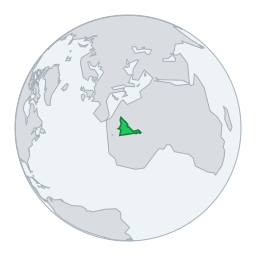 Adrar on an orthographic globe, rotated 315°
{"feature_id": "DZA-2143", "entity_name": "Adrar", "entity_type": "Province", "adm_level": 1, "iso_a3": "DZA", "parent_name": "Algeria", "parent_adm1": "", "projection": "orthographic", "projection_center": [0.561, 25.317], "detail": "fine", "context": "on_globe", "style": "filled", "palette": "green", "viewbox_px": 256, "rotation_deg": 315, "n_neighbors": 0, "source": "natural_earth", "source_scale": "10m", "svg_char_len": 10332}
<svg xmlns="http://www.w3.org/2000/svg" viewBox="0 0 256 256"><g transform="rotate(315 128 128)"><circle cx="128" cy="128" r="113" fill="#eef3f6" stroke="#a8b0b8"/><path d="M77.6,27.3L85.7,23.7L98.7,19.2L98.8,19.2L112.5,16.4L112.1,16.5L112.6,16.4L115.9,16.0L118.9,15.8L114.1,16.3L118.9,16.0L114.0,17.3L100.4,20.3L98.6,22.0L87.1,27.8L89.2,27.5L86.1,30.0L87.3,30.7L84.8,31.9L87.9,31.5L89.9,30.3L92.0,29.7L92.9,30.1L89.9,31.6L89.0,31.6L88.6,32.3L86.7,32.9L88.1,32.8L84.4,34.8L89.3,33.5L87.4,35.7L84.6,36.8L83.3,35.8L73.4,37.1L70.1,38.5L66.9,41.2L64.1,47.9L61.2,50.1L58.4,53.6L60.7,52.7L63.8,49.6L67.5,49.0L70.7,45.6L72.7,45.0L76.7,42.2L77.8,43.7L76.7,46.8L73.5,49.3L72.9,50.9L77.4,49.5L72.7,55.6L71.9,62.4L70.5,64.0L65.2,64.8L61.7,61.8L54.8,64.1L61.0,63.9L57.4,68.5L57.5,70.0L58.7,70.6L60.8,69.4L59.9,71.4L53.5,72.1L54.2,70.3L56.2,70.0L54.5,68.7L50.1,69.8L48.6,72.3L43.6,72.2L42.5,74.1L40.8,75.4L42.9,72.2L39.0,78.1L32.9,80.7L27.4,91.5L30.9,81.4L31.0,78.7L30.6,76.7L29.6,78.4L30.5,74.3L28.9,75.3L25.0,82.6L22.1,90.0L21.5,93.5L22.9,90.9L23.3,92.5L19.7,100.5L19.9,106.1L18.0,113.0L17.6,118.1L18.6,119.1L19.3,123.1L21.0,120.3L23.2,120.4L22.1,126.4L24.2,122.3L24.8,126.5L29.9,131.0L29.2,132.0L33.3,143.0L39.6,150.2L41.1,155.5L40.1,157.7L42.8,159.9L42.8,161.7L54.9,169.7L62.4,176.6L63.1,182.6L58.6,187.3L58.8,199.5L51.8,200.0L52.9,204.3L52.5,208.7L47.9,205.4L52.2,209.9L52.1,210.6L49.9,208.9L52.1,211.2L50.6,209.9L44.0,203.0L37.9,195.6L37.6,195.2L27.9,177.4L25.7,172.6L22.0,164.6L17.1,145.7L17.1,140.8L16.6,137.0L18.2,131.4L18.7,122.6L18.4,120.4L17.5,122.3L17.3,113.6L18.4,106.2L21.1,92.4L23.9,84.9L27.3,77.6L31.1,70.5L35.5,63.7L40.3,57.3L45.6,51.2L51.2,45.6L57.3,40.3L63.7,35.5L70.5,31.1L77.6,27.3ZM50.8,210.1L53.4,212.4L53.5,212.5L50.8,210.1ZM25.6,94.8L26.1,104.6L24.3,102.6L24.9,102.1L25.1,98.8L25.0,94.7L23.8,93.5L25.6,94.8ZM29.3,91.1L29.1,89.9L29.5,90.7L29.3,91.1ZM75.8,41.6L76.2,41.9L75.3,42.3L75.8,41.6ZM77.1,40.2L75.7,40.5L76.1,39.8L77.0,39.7L77.1,40.2ZM78.8,40.2L77.1,38.7L77.9,37.7L81.8,36.4L78.8,40.2ZM122.4,15.5L127.4,15.4L128.5,15.4L128.4,15.7L124.0,15.5L120.4,15.7L122.4,15.5L122.2,15.5L122.4,15.5ZM90.2,29.7L88.1,31.0L89.0,29.6L90.2,29.7ZM90.3,29.0L90.3,26.1L93.9,24.6L93.2,25.8L97.1,23.8L98.9,24.5L97.1,25.7L94.4,26.5L97.1,26.2L90.3,29.0ZM127.5,16.0L128.3,16.2L126.8,16.1L127.5,16.0ZM92.8,29.4L92.5,28.9L95.6,27.5L96.8,28.4L95.4,28.5L92.8,29.4ZM97.3,23.0L99.8,22.3L101.9,22.6L103.2,22.4L99.2,24.4L97.3,23.0ZM95.2,29.0L97.3,28.9L96.7,29.9L93.4,29.9L95.2,29.0ZM95.9,26.8L97.4,26.3L97.0,26.8L95.9,26.8ZM95.6,34.0L95.2,33.1L96.7,32.3L95.6,34.0ZM98.2,28.8L98.4,28.4L99.0,28.1L100.2,28.2L98.2,28.8ZM101.0,24.5L101.3,24.9L102.7,23.7L104.3,24.1L101.4,25.4L103.3,25.0L103.8,25.1L100.9,26.0L101.0,24.5ZM103.2,27.4L100.0,29.4L100.5,31.0L99.1,31.8L98.6,29.1L103.2,27.4ZM102.1,26.5L102.4,27.2L100.5,27.6L99.1,27.4L102.1,26.5ZM106.5,23.9L104.7,23.0L105.4,22.8L106.5,23.9ZM103.7,27.7L104.4,27.2L103.9,27.8L103.7,27.7ZM106.0,24.9L105.3,24.6L106.2,24.3L106.0,24.9ZM106.5,26.6L105.5,27.2L104.5,27.1L106.5,26.6ZM106.6,25.7L107.9,25.5L104.8,26.6L106.2,25.6L106.6,25.7ZM106.9,24.7L107.2,24.5L107.1,24.9L106.9,24.7ZM110.9,27.0L107.2,28.5L105.0,28.1L108.9,26.6L110.9,27.0ZM163.5,21.1L164.0,21.3L165.1,21.6L172.7,24.6L180.2,28.2L187.3,32.2L194.1,36.8L200.6,41.9L206.6,47.4L212.3,53.3L217.5,59.6L222.3,66.3L226.5,73.4L230.2,80.7L233.4,88.3L236.0,96.0L235.0,93.1L236.0,96.9L234.8,93.2L231.9,87.9L232.6,93.5L234.6,108.3L236.9,118.5L236.7,124.6L231.5,113.5L227.8,104.7L226.8,107.2L220.8,102.1L212.9,107.5L211.0,105.6L209.7,107.8L205.3,107.2L202.1,103.9L199.8,105.4L208.2,114.1L210.6,112.6L211.5,107.0L213.4,110.6L217.6,112.1L215.8,124.4L202.8,140.1L200.3,132.8L183.7,115.3L183.5,112.7L183.3,112.5L183.0,112.0L182.9,116.4L179.6,112.8L189.8,125.8L192.1,132.0L202.7,140.7L202.0,142.3L205.0,143.6L213.1,136.7L213.4,139.3L210.4,153.2L198.1,173.8L199.0,183.3L196.9,191.9L187.6,199.9L186.8,205.7L181.8,209.0L180.4,212.3L175.5,216.5L167.8,221.0L156.5,223.1L157.1,220.5L153.4,215.9L148.7,202.5L152.9,195.1L152.4,189.6L144.1,177.6L146.0,170.0L143.5,167.1L138.4,168.3L135.4,164.7L132.2,164.7L111.3,167.8L104.2,162.6L94.0,146.4L97.2,140.2L96.5,132.7L117.7,107.3L123.6,108.7L141.9,104.1L144.5,104.7L143.9,110.8L158.9,116.1L161.9,110.6L173.9,112.1L180.9,110.2L180.6,98.6L169.1,101.6L165.6,96.8L173.5,89.9L183.3,87.7L182.2,85.8L174.7,83.1L175.6,78.8L172.0,81.9L174.5,83.4L172.2,85.6L169.8,84.3L170.3,82.8L166.9,82.7L165.8,90.7L168.2,93.1L160.3,96.3L163.5,100.8L161.9,103.5L155.8,97.0L155.3,94.2L145.1,87.9L144.9,91.0L154.5,97.3L152.1,97.1L151.8,101.9L150.1,98.1L139.7,90.9L131.6,93.6L123.7,105.8L118.6,107.0L113.2,104.9L113.8,93.2L125.3,91.9L125.6,88.2L121.3,83.2L125.2,83.4L124.8,81.3L129.0,80.7L132.9,75.4L136.8,74.5L136.5,68.4L138.5,67.2L138.1,71.1L139.9,73.5L149.4,71.7L150.7,70.1L149.8,66.4L152.5,66.6L150.3,63.3L154.9,60.9L147.5,61.2L146.2,57.4L147.9,54.0L146.1,53.0L143.3,58.5L143.4,60.8L145.6,62.6L144.6,69.4L141.7,71.0L137.7,64.4L133.2,66.1L132.1,60.7L140.4,48.2L144.8,45.4L156.0,48.0L156.1,50.5L152.1,50.6L157.5,53.7L156.2,51.9L158.5,52.2L157.8,49.0L159.4,49.1L156.0,46.1L157.9,45.9L160.0,47.8L160.5,43.5L163.9,42.5L163.2,41.5L161.6,40.7L167.0,40.3L166.2,39.6L164.2,39.4L161.5,38.0L158.8,35.6L160.8,35.5L162.0,36.4L167.7,38.5L170.7,41.1L171.2,40.9L169.1,38.6L162.2,36.1L160.0,34.6L163.3,35.5L161.9,35.0L161.4,34.3L162.8,33.7L159.2,32.7L151.3,26.1L153.2,24.6L157.1,25.8L153.6,22.2L156.1,21.5L154.2,21.3L151.3,19.9L150.5,20.0L149.4,19.8L141.6,17.1L141.3,16.7L135.8,16.0L134.8,15.9L134.7,16.1L128.4,15.7L128.5,15.4L130.4,15.4L138.8,15.9L147.2,17.0L155.4,18.8L163.5,21.1ZM112.2,120.5L112.0,122.8L112.2,120.5ZM195.0,91.1L200.0,89.3L195.4,83.6L197.0,82.6L194.9,81.1L195.1,83.2L189.6,79.2L190.9,76.3L189.1,73.8L187.3,74.3L185.8,80.3L193.7,85.9L193.5,89.1L195.0,91.1ZM30.1,131.0L30.6,132.8L29.6,132.1L30.1,131.0ZM23.2,104.7L23.7,105.8L23.7,107.2L23.1,106.8L23.2,104.7ZM29.2,113.0L30.1,114.6L28.8,114.0L29.2,113.0ZM26.3,106.0L28.4,112.0L25.9,111.4L24.7,107.8L26.0,108.8L26.3,106.0ZM27.5,94.0L27.6,95.1L27.0,96.0L27.5,94.0ZM29.6,91.7L29.7,90.4L29.6,91.7ZM57.8,68.5L58.2,68.5L59.1,69.5L58.0,69.8L57.8,68.5ZM67.4,70.3L65.7,73.6L66.1,71.3L64.2,72.1L62.6,68.6L69.7,64.7L66.8,67.0L67.4,70.3ZM62.5,63.3L62.7,65.7L62.2,63.2L62.5,63.3ZM118.9,71.7L120.9,72.8L120.2,75.2L115.3,77.2L116.2,73.7L118.9,71.7ZM123.9,73.9L121.4,67.3L124.4,66.1L123.1,67.8L125.4,67.7L124.0,70.5L129.3,76.1L129.1,78.7L120.0,80.5L123.1,78.4L121.0,77.3L123.9,73.9ZM109.5,55.4L108.4,53.3L116.3,53.2L116.4,55.3L111.5,57.2L108.4,55.9L109.5,55.4ZM86.1,38.5L85.2,38.2L86.0,37.8L87.5,37.6L86.1,38.5ZM95.3,33.6L91.0,39.4L89.7,39.3L88.8,43.1L85.0,44.5L85.8,41.9L82.2,46.0L81.4,44.2L79.3,47.1L81.4,41.2L80.5,39.9L82.9,40.7L86.4,39.4L87.6,38.5L90.4,35.2L90.2,32.3L93.6,30.8L96.1,30.6L96.6,31.1L94.3,31.8L96.7,31.9L93.7,33.4L95.3,33.6ZM122.8,32.7L119.8,32.6L124.2,34.5L121.2,35.4L121.9,35.5L120.4,36.9L119.7,39.0L118.1,39.3L118.6,40.0L117.6,41.1L117.6,42.2L114.8,43.1L114.6,44.6L113.4,44.2L113.8,46.7L112.2,45.3L110.7,46.7L113.1,47.3L97.7,50.6L92.5,53.6L89.0,57.0L86.7,54.5L88.5,49.9L92.4,45.0L97.8,42.7L95.8,42.1L97.7,40.9L98.5,41.9L98.5,39.7L100.3,39.1L103.8,35.6L102.7,33.3L103.9,32.1L105.3,32.7L105.6,31.2L109.0,31.5L110.0,30.7L114.4,30.4L116.4,32.2L117.4,31.2L120.7,31.1L122.8,32.7ZM112.1,26.9L115.3,28.5L115.2,29.9L107.6,29.9L106.3,30.5L101.4,30.9L101.7,29.0L103.0,29.0L104.4,28.6L103.8,29.4L105.3,28.5L107.2,28.6L108.9,28.0L109.5,28.6L112.1,26.9ZM146.4,102.2L148.2,102.2L150.8,101.5L150.7,104.7L146.4,102.2ZM139.2,97.3L140.7,96.7L141.8,100.5L140.0,100.7L139.2,97.3ZM140.6,93.3L140.7,96.4L139.6,94.8L140.6,93.3ZM139.4,70.5L140.9,69.8L141.4,70.6L141.0,72.0L139.4,70.5ZM135.3,39.4L133.6,38.9L133.8,38.4L131.5,36.4L133.5,35.7L135.7,36.7L135.3,39.4ZM179.2,101.1L177.7,103.7L176.4,103.0L177.2,102.2L179.2,101.1ZM163.9,104.5L167.9,105.2L163.9,105.4L163.9,104.5ZM137.1,38.3L135.9,37.5L137.7,37.7L137.1,38.3ZM134.9,35.1L136.8,35.1L133.5,35.4L134.9,35.1ZM211.2,184.7L202.1,201.0L198.3,202.7L198.8,199.0L203.0,189.8L207.9,185.4L210.7,180.4L211.2,184.7ZM237.2,119.2L238.6,123.9L238.3,125.9L237.2,119.2ZM152.8,33.5L153.8,36.9L155.9,39.4L159.2,40.6L155.0,40.5L151.8,36.7L152.8,33.5ZM151.3,26.9L148.4,26.2L149.3,25.7L150.1,25.8L151.3,26.9ZM149.8,27.0L146.9,27.5L145.1,26.7L147.7,26.4L149.8,27.0ZM142.1,32.4L142.3,33.4L140.9,33.2L142.1,32.4ZM129.2,16.1L128.3,16.2L129.2,16.1ZM149.0,20.0L147.5,19.7L147.6,19.4L149.0,20.0ZM143.3,18.9L144.3,19.4L142.4,18.9L143.3,18.9ZM146.7,20.7L144.3,19.6L147.8,20.7L146.7,20.7Z" fill="#d9dde1" stroke="#a8b0b8" stroke-width="1"/><path d="M118.4,128.4L118.1,128.2L117.8,128.0L117.5,127.8L117.2,127.5L117.0,127.4L121.8,124.2L120.6,121.5L120.9,121.5L121.2,121.6L121.4,121.8L121.8,122.0L122.2,122.1L122.6,121.9L122.8,121.8L123.4,121.4L123.6,121.2L123.8,121.2L125.4,120.9L125.6,120.7L126.7,119.3L127.7,117.4L128.3,116.8L128.5,116.7L128.8,116.4L130.6,115.5L130.5,117.1L130.4,118.6L130.6,120.7L130.7,121.7L130.7,122.1L130.6,122.6L130.4,125.1L130.3,125.3L130.2,125.3L130.1,125.5L129.9,125.5L129.7,125.7L129.6,125.8L129.2,125.8L128.9,125.8L128.7,125.9L128.6,126.0L128.6,126.3L128.9,126.7L129.0,126.8L129.0,127.0L128.9,127.2L129.0,127.2L129.0,127.3L129.3,127.5L129.3,134.0L129.5,134.2L133.5,136.5L133.9,136.8L133.9,137.3L134.0,140.2L133.9,140.2L133.5,140.3L133.3,140.3L133.2,140.4L132.9,140.2L132.7,140.1L132.8,140.0L132.8,139.9L132.9,139.7L133.0,139.7L132.9,139.4L132.9,139.2L132.9,138.8L132.9,138.7L132.7,138.7L132.4,138.5L131.9,138.4L131.6,138.4L131.4,138.3L131.3,138.1L131.2,138.1L131.1,137.9L130.9,137.9L130.8,138.0L130.6,138.0L130.6,137.9L130.5,138.0L130.4,137.9L130.2,137.8L130.0,137.7L130.0,137.4L129.8,137.3L129.8,137.2L129.7,137.2L129.4,137.1L129.2,137.0L129.1,136.9L129.1,136.7L129.1,136.4L128.9,136.1L128.7,136.0L128.5,135.9L128.4,135.8L128.2,135.7L127.9,135.5L127.7,135.4L127.6,135.2L127.4,135.1L127.1,134.9L126.8,134.7L126.6,134.6L126.3,134.3L126.2,134.2L125.9,134.0L125.7,133.9L125.4,133.7L125.2,133.6L125.1,133.4L124.9,133.3L124.8,133.2L124.6,133.1L124.3,132.9L124.1,132.8L124.0,132.6L123.8,132.5L123.7,132.4L123.4,132.2L123.2,132.1L122.9,131.8L122.7,131.7L122.4,131.5L122.3,131.4L122.1,131.3L122.0,131.2L121.8,131.0L121.7,130.9L121.4,130.7L121.2,130.6L121.0,130.4L120.8,130.3L120.7,130.2L120.4,130.0L120.3,129.8L120.1,129.7L119.8,129.5L119.7,129.4L119.4,129.2L119.1,129.0L119.0,128.8L118.8,128.7L118.7,128.6L118.4,128.4Z" fill="#22c55e" stroke="#15803d" stroke-width="1.5"/></g></svg>